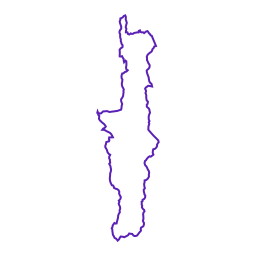 Blumenau, Santa Catarina, Brazil (Equal Earth projection)
{"feature_id": "56859067B88872215704805", "entity_name": "Blumenau", "entity_type": "district", "adm_level": 2, "iso_a3": "BRA", "parent_name": "Brazil", "parent_adm1": "Santa Catarina", "projection": "equal_earth", "projection_center": [-49.103, -26.874], "detail": "fine", "context": "isolated", "style": "outline", "palette": "violet", "viewbox_px": 256, "rotation_deg": 0, "n_neighbors": 0, "source": "geoboundaries", "source_scale": "gbopen_adm2", "svg_char_len": 4420}
<svg xmlns="http://www.w3.org/2000/svg" viewBox="0 0 256 256"><path d="M98.2,113.1L98.2,114.8L99.3,116.0L99.1,117.5L99.0,118.9L100.0,120.5L101.1,121.5L102.2,122.6L103.8,123.8L105.1,125.3L105.8,126.5L105.0,127.6L104.1,128.2L103.1,128.6L102.3,129.8L103.7,129.8L104.8,130.1L106.1,130.9L107.2,131.5L108.3,132.0L109.9,132.8L111.1,134.0L112.2,135.8L112.9,137.3L111.8,137.4L110.7,137.4L109.2,137.4L108.9,139.1L109.4,140.1L108.9,141.4L107.6,141.6L106.3,142.1L105.9,144.3L105.3,145.7L105.3,147.2L106.1,148.5L107.0,150.2L107.5,152.2L108.7,153.8L110.2,154.8L109.2,156.7L109.2,158.5L109.9,159.6L109.9,160.9L110.2,162.8L109.2,163.9L109.8,164.9L110.5,166.3L110.7,167.9L111.1,169.4L110.8,171.5L110.2,173.4L110.1,175.4L109.9,177.0L109.8,178.8L110.0,180.4L110.4,182.2L111.1,183.7L111.8,185.2L112.9,185.4L113.7,186.3L114.0,187.9L115.9,188.8L117.3,189.2L118.5,190.1L119.3,191.7L119.1,193.4L119.7,195.1L120.8,196.9L120.5,198.7L119.8,199.7L118.8,200.6L119.4,201.7L118.7,203.7L119.2,205.1L119.8,206.2L120.1,207.4L120.2,208.7L119.6,210.2L119.8,212.4L118.9,213.6L118.2,215.5L118.0,217.7L117.3,220.4L116.9,221.8L116.6,223.4L115.4,223.6L114.4,223.0L113.4,224.4L112.7,225.5L112.4,227.2L111.7,228.3L112.3,229.3L112.4,231.4L112.7,233.0L112.9,234.8L113.8,236.2L114.6,237.9L116.0,238.6L116.8,239.4L117.6,240.6L119.0,239.4L119.8,237.8L120.7,236.5L122.0,236.7L123.2,236.8L124.3,237.2L125.7,236.5L126.9,235.9L128.2,235.1L129.2,233.5L130.7,233.8L132.2,233.9L133.2,235.3L134.4,236.0L135.8,236.0L137.1,235.5L138.1,234.2L138.8,233.2L139.5,232.3L140.2,231.6L141.0,230.6L140.7,229.1L141.1,227.6L142.4,226.9L143.4,226.1L144.0,224.2L143.9,222.7L143.2,221.7L142.9,220.4L143.4,219.3L143.4,217.6L143.3,215.8L143.1,214.2L143.5,212.6L144.5,211.3L144.1,209.9L142.9,208.9L141.9,207.3L142.2,205.7L141.6,204.4L141.8,203.1L141.6,201.8L142.5,201.2L142.6,199.8L144.1,199.0L145.1,197.6L145.3,195.6L144.5,194.5L144.3,193.2L143.9,191.9L143.7,189.8L144.9,188.2L144.5,187.0L144.3,185.7L144.1,184.0L144.6,182.3L144.6,180.4L146.2,180.0L147.4,179.0L148.3,177.9L149.0,176.4L148.8,174.6L149.2,172.7L148.7,170.8L147.8,169.5L147.0,167.5L146.2,166.2L145.3,165.4L144.5,163.1L145.0,161.0L146.0,160.2L146.8,158.9L147.8,157.7L148.7,156.9L149.6,156.3L150.7,156.7L152.2,155.6L153.4,154.7L152.7,152.7L152.9,150.6L153.3,149.2L154.8,148.9L156.1,147.8L157.1,146.1L157.0,144.8L157.7,143.4L158.7,142.1L158.2,140.3L153.9,136.0L153.1,135.2L149.3,130.9L148.3,129.6L148.4,127.9L148.5,126.1L149.3,123.8L148.7,122.3L149.5,121.1L148.8,119.7L148.7,118.3L148.7,116.7L149.0,115.3L149.4,114.0L150.0,112.8L149.6,111.2L149.3,109.4L148.6,108.2L147.7,107.6L146.8,106.6L146.8,104.7L147.6,103.8L147.9,101.6L146.7,100.4L146.4,98.9L146.2,97.0L146.3,95.5L146.0,94.2L145.5,93.1L146.1,91.0L145.1,88.7L145.8,87.5L146.7,87.0L148.0,85.8L149.5,86.0L150.7,86.2L152.1,86.5L151.8,85.1L151.4,83.7L150.2,82.9L149.3,81.3L148.9,79.3L148.6,77.2L147.6,74.6L146.9,72.4L146.7,70.5L147.4,69.7L148.3,69.0L149.3,67.8L149.7,66.1L149.5,64.7L148.4,63.2L147.7,61.4L147.0,60.2L147.0,58.1L146.8,56.7L147.5,55.0L148.6,53.8L150.1,52.6L151.3,51.8L152.1,50.6L152.4,49.3L153.6,48.0L154.3,46.5L156.0,46.0L151.7,35.7L150.6,35.3L149.9,34.0L148.9,33.2L148.4,32.2L147.5,31.1L146.3,31.4L145.1,32.3L144.1,33.1L143.1,32.3L141.8,32.4L140.6,32.0L140.0,30.4L138.8,30.9L138.6,32.4L137.1,32.4L135.5,32.7L134.1,33.0L133.0,33.8L131.8,33.9L130.7,33.4L129.4,34.5L128.0,34.0L127.4,32.3L125.9,32.3L126.0,30.6L126.4,28.8L125.7,27.1L126.2,25.0L126.8,22.8L126.3,21.1L125.7,19.3L125.9,17.0L125.2,15.4L123.8,16.0L122.8,17.3L121.5,18.1L120.4,18.4L120.3,20.0L119.7,21.4L120.0,23.0L120.6,24.8L121.2,26.5L121.2,28.8L120.2,29.9L119.5,31.5L119.5,33.0L120.2,34.2L120.1,36.2L120.3,37.9L120.8,39.2L120.8,41.3L121.3,42.4L121.5,43.8L122.6,45.2L122.5,47.1L121.7,47.7L120.5,48.5L119.6,49.8L119.8,52.1L119.8,53.6L119.7,55.0L119.7,56.4L120.8,56.5L122.1,56.2L122.8,57.8L123.6,58.8L123.7,60.5L124.1,62.2L125.4,60.6L126.3,61.3L126.4,63.0L126.4,65.3L126.0,67.7L126.5,69.6L127.7,70.3L126.5,71.5L124.7,72.1L123.5,73.3L122.2,73.5L121.8,74.7L121.5,76.0L121.6,78.1L122.4,79.5L122.2,81.7L121.8,83.3L121.9,84.9L122.3,86.6L123.1,88.0L123.8,89.5L123.4,90.9L123.6,92.1L123.3,94.0L123.1,96.0L122.2,97.8L121.1,99.3L121.1,100.8L121.5,102.2L122.2,104.0L121.7,105.6L121.5,107.9L121.1,109.6L117.4,110.9L109.3,112.0L108.3,111.5L106.9,111.1L105.1,111.3L103.1,111.4L101.8,112.7L100.8,113.5L99.6,113.3L98.2,113.1ZM98.2,113.1L97.6,111.6L97.3,112.8L98.2,113.1Z" fill="none" stroke="#5b21b6" stroke-width="2"/></svg>